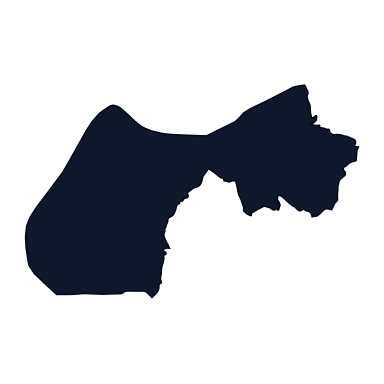 outline of Lam Thao, Phú Thọ, Vietnam, rotated 89°
{"feature_id": "81297802B85606551737880", "entity_name": "Lam Thao", "entity_type": "district", "adm_level": 2, "iso_a3": "VNM", "parent_name": "Vietnam", "parent_adm1": "Phú Thọ", "projection": "mercator", "projection_center": [105.304, 21.326], "detail": "fine", "context": "isolated", "style": "filled", "palette": "ink", "viewbox_px": 384, "rotation_deg": 89, "n_neighbors": 0, "source": "geoboundaries", "source_scale": "gbopen_adm2", "svg_char_len": 3840}
<svg xmlns="http://www.w3.org/2000/svg" viewBox="0 0 384 384"><g transform="rotate(89 192 192)"><path d="M292.4,264.2L290.7,261.5L290.2,260.9L289.8,258.0L290.0,253.5L290.2,243.6L290.2,241.7L291.2,239.3L295.7,234.8L296.9,233.9L295.7,232.7L294.8,231.7L292.9,229.6L290.0,227.6L287.5,226.8L285.9,226.8L284.4,226.7L283.4,226.1L282.5,224.6L281.9,224.2L281.2,224.3L278.8,225.0L276.6,225.0L273.6,224.3L267.3,223.8L261.9,222.1L260.6,221.8L256.9,221.3L256.0,221.5L255.1,221.5L254.5,220.6L254.1,220.1L253.5,219.1L252.6,219.0L251.9,219.4L250.8,221.4L250.1,222.0L249.4,221.7L248.6,221.0L248.2,220.6L247.8,219.3L247.6,217.5L247.9,215.5L244.5,217.0L240.5,219.1L235.0,221.0L234.9,221.3L230.7,219.8L229.0,219.9L228.0,219.8L226.9,219.0L226.0,218.6L225.3,218.6L223.8,217.9L221.3,216.9L219.2,216.7L218.5,216.4L217.3,215.8L216.4,213.8L215.4,212.1L214.0,210.9L212.2,209.8L208.9,208.5L207.2,208.2L204.5,207.1L203.9,206.9L203.6,206.4L203.7,205.4L203.2,204.7L202.0,204.9L201.7,204.8L201.1,203.3L200.8,201.8L200.0,201.0L198.4,200.2L198.1,199.2L197.9,198.0L197.3,196.6L196.3,195.9L194.9,196.0L193.7,196.6L193.2,197.1L192.4,196.2L188.6,191.4L187.5,189.1L186.6,185.8L185.1,184.0L183.1,182.7L180.3,181.8L176.3,180.7L172.9,177.9L168.9,175.2L172.9,169.4L177.9,163.5L178.5,162.2L178.6,160.6L178.6,160.3L179.5,160.1L181.2,159.9L181.5,159.5L181.5,158.3L182.0,156.6L182.7,155.1L182.7,154.5L182.1,153.6L181.6,152.2L181.5,150.2L181.4,148.1L183.5,147.7L189.6,146.4L192.7,146.0L196.2,145.1L199.5,143.4L203.0,142.3L208.8,140.4L210.5,140.8L211.8,140.5L213.1,139.3L213.8,138.5L214.7,137.7L214.8,137.5L216.6,134.0L216.4,133.1L214.6,133.0L213.8,132.5L213.4,131.7L212.7,130.2L210.1,126.0L209.1,123.6L207.3,120.1L208.5,116.2L208.9,114.6L209.5,113.8L211.0,111.8L211.4,110.5L211.4,109.3L210.2,108.8L210.4,107.4L211.5,106.6L211.6,105.9L208.0,104.6L206.4,104.2L204.6,104.8L202.6,105.8L200.7,107.4L200.5,108.0L200.6,107.2L200.0,106.6L198.0,106.4L196.9,106.2L196.9,104.8L197.7,102.6L201.0,98.9L204.8,95.0L207.4,91.9L208.9,89.2L211.6,86.6L212.7,84.9L212.2,82.5L210.7,81.4L211.3,80.5L212.5,78.5L213.3,76.3L213.6,75.1L214.8,73.7L216.8,72.8L218.9,72.3L218.5,70.6L218.4,68.6L217.9,67.1L216.6,65.3L216.0,64.5L214.1,62.6L211.8,60.1L211.1,58.6L211.2,56.7L212.1,52.6L211.8,52.5L209.1,51.2L207.1,50.2L205.2,49.1L204.1,47.8L202.9,46.8L201.0,46.6L197.8,46.7L192.2,46.2L189.1,46.1L185.7,45.3L183.2,44.6L181.7,43.3L179.9,41.2L178.4,39.2L177.4,38.4L176.5,38.3L175.2,38.3L172.7,40.2L171.3,40.4L170.0,39.8L167.9,36.7L166.0,34.5L164.8,32.1L163.5,27.4L158.7,26.9L153.3,26.4L149.9,24.8L149.7,27.0L149.2,28.5L148.3,28.6L146.6,27.8L144.4,27.6L143.3,28.0L142.4,28.8L139.1,36.1L138.7,38.5L137.7,41.6L137.1,44.6L137.0,46.1L137.3,49.4L136.7,50.7L136.2,51.8L135.3,52.7L134.4,53.2L132.9,53.5L131.9,53.9L131.6,54.4L131.7,54.9L131.8,56.3L131.4,57.0L130.8,58.2L130.3,60.4L129.9,62.5L129.4,63.4L128.5,63.4L127.9,63.2L127.5,63.8L127.6,64.8L127.5,68.3L126.7,71.8L126.2,70.8L123.3,67.3L122.2,66.4L120.7,66.2L119.0,66.0L117.9,66.3L117.9,66.9L118.8,68.1L120.0,69.8L120.0,70.4L119.2,71.2L116.9,71.8L115.2,72.1L112.0,72.4L108.0,72.4L104.1,73.8L101.6,74.8L98.6,75.3L97.1,75.2L95.9,74.4L93.7,74.4L91.2,75.6L87.1,77.5L88.2,85.8L89.2,89.6L92.0,95.0L94.6,100.2L102.7,116.8L109.6,131.9L113.6,138.6L116.6,141.5L119.3,144.0L120.5,145.4L122.5,147.7L126.9,156.9L131.3,166.5L135.7,175.4L136.0,176.6L136.0,180.8L135.2,195.4L134.4,208.7L133.8,215.0L132.7,222.0L130.3,231.3L127.4,238.2L125.5,241.6L120.3,247.9L113.8,254.4L106.8,262.1L105.1,265.1L104.2,267.6L103.9,269.7L104.6,272.5L109.1,279.6L112.3,283.7L119.9,290.6L128.6,296.5L157.1,313.1L169.4,320.5L169.5,320.5L193.8,339.2L203.7,347.1L214.1,354.1L218.9,356.2L223.2,357.9L234.2,359.2L244.1,358.9L256.6,357.3L262.5,356.3L270.6,351.2L280.2,341.6L287.8,333.6L292.1,329.1L292.3,313.6L291.6,301.9L292.1,292.2L292.6,283.6L292.4,264.2Z" fill="#0f172a" stroke="#020617" stroke-width="1.5"/></g></svg>